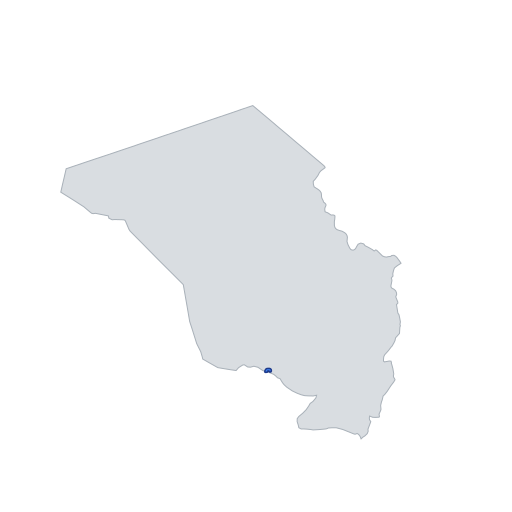 N'Djaména, Ville de N'Djamena, Chad (highlighted), rotated 311°
{"feature_id": "50815135B39277656442366", "entity_name": "N'Djaména", "entity_type": "district", "adm_level": 2, "iso_a3": "TCD", "parent_name": "Chad", "parent_adm1": "Ville de N'Djamena", "projection": "natural_earth1", "projection_center": [15.012, 12.105], "detail": "fine", "context": "in_parent", "style": "filled", "palette": "blue", "viewbox_px": 512, "rotation_deg": 311, "n_neighbors": 0, "source": "geoboundaries", "source_scale": "gbopen_adm2", "svg_char_len": 4468}
<svg xmlns="http://www.w3.org/2000/svg" viewBox="0 0 512 512"><g transform="rotate(311 256 256)"><path d="M367.4,154.9L367.6,166.1L367.8,177.3L367.9,188.5L368.1,199.7L368.2,210.9L368.4,222.1L368.5,233.3L368.7,244.5L368.7,248.3L368.4,249.7L368.3,249.9L367.9,250.2L362.8,249.1L360.6,249.1L357.5,249.9L352.9,250.3L349.9,250.2L347.9,252.1L346.3,254.5L347.1,260.0L347.0,261.9L346.4,263.8L345.0,265.4L343.6,266.7L342.8,267.9L341.8,270.4L341.0,271.6L341.1,273.2L340.9,274.8L340.0,275.7L337.9,276.3L336.5,277.1L335.4,278.3L334.7,279.1L335.1,280.3L335.7,281.9L336.0,284.4L336.2,285.8L337.3,287.0L337.9,287.8L338.2,288.9L337.6,289.7L335.0,291.6L333.9,292.2L332.7,293.1L332.3,293.5L330.4,295.2L329.4,296.7L329.0,298.0L329.0,299.7L330.0,302.3L331.1,304.5L331.5,306.2L331.8,308.0L331.7,309.8L331.1,311.3L330.2,312.6L326.6,315.2L324.9,318.0L323.5,321.4L323.1,323.3L323.5,324.5L324.3,325.6L325.4,326.1L326.9,326.3L329.5,325.7L331.9,325.3L334.5,326.6L335.8,329.4L335.3,331.5L336.3,335.3L337.2,339.9L337.2,341.4L337.5,342.0L339.1,342.3L339.5,343.4L339.0,351.4L339.8,353.7L340.9,355.3L342.1,356.1L343.3,357.2L344.0,357.9L345.4,358.1L347.0,359.6L347.4,361.5L347.3,363.4L346.4,367.5L345.7,370.2L344.8,370.0L342.9,369.4L340.6,368.8L337.8,368.3L335.1,369.4L332.3,370.9L331.4,371.9L330.6,372.6L329.3,372.5L328.1,372.6L327.5,373.7L326.5,374.8L322.3,377.2L321.4,378.0L320.9,378.9L320.9,379.8L321.4,381.7L321.4,384.1L320.5,386.0L319.4,387.3L318.2,387.8L317.1,388.1L316.5,388.9L314.3,393.2L313.4,394.0L311.5,393.9L306.0,400.5L305.5,402.4L303.5,405.1L301.0,408.2L298.7,409.6L298.5,410.2L297.9,410.8L296.5,411.4L291.7,415.1L285.9,415.0L283.3,416.4L280.8,417.1L277.2,417.8L276.1,417.7L271.4,418.0L265.9,417.9L263.8,418.5L261.8,419.9L260.4,421.1L260.2,421.5L260.4,422.0L260.3,422.4L264.2,425.5L265.2,426.9L264.2,428.4L263.7,428.6L263.1,429.8L260.8,433.2L257.4,437.3L255.6,438.4L254.9,439.2L254.0,441.9L253.5,442.2L251.1,442.6L246.4,442.9L240.0,443.8L236.1,444.0L233.7,443.8L230.3,445.6L229.1,446.1L228.4,446.3L225.0,448.1L222.3,450.9L221.3,451.4L217.4,452.6L215.8,454.5L215.1,454.6L212.6,452.1L210.8,449.8L210.0,447.5L209.9,446.8L209.4,446.9L208.0,447.9L206.9,449.1L206.3,451.3L202.3,452.8L198.8,454.1L197.2,455.7L194.8,456.5L191.7,456.2L189.3,455.5L186.9,455.3L188.0,453.3L188.5,451.8L188.6,450.0L188.4,448.7L187.0,448.1L186.1,447.1L184.1,441.3L182.0,435.3L179.1,429.4L175.9,425.7L173.6,423.4L172.8,423.1L171.6,422.4L170.8,421.7L166.6,417.7L162.2,413.2L161.0,411.2L158.8,408.1L156.4,405.0L155.1,403.6L154.5,401.0L156.2,398.7L158.0,395.7L160.3,393.8L163.1,393.6L167.9,394.4L173.0,394.7L178.1,394.1L179.4,393.7L180.7,393.7L183.5,394.4L188.2,394.3L190.7,393.1L188.0,391.1L185.2,387.8L182.5,384.3L180.9,381.1L179.4,377.0L178.0,371.9L177.2,365.4L177.3,361.6L177.8,359.0L179.2,354.6L178.2,352.1L178.4,350.0L178.3,347.0L177.8,345.5L176.0,340.4L175.6,339.9L174.0,336.4L173.3,330.5L171.4,326.7L168.5,324.8L166.8,322.6L166.2,318.5L165.0,317.5L160.3,316.1L156.5,316.1L153.6,311.6L150.0,305.8L146.7,300.4L144.5,289.6L143.3,283.4L144.7,281.5L147.5,277.1L151.0,268.7L159.0,255.7L163.0,249.0L171.1,239.1L181.1,226.8L186.7,219.9L187.6,207.3L188.5,194.1L189.2,184.0L190.1,172.1L190.9,162.1L191.4,154.9L192.2,144.6L192.8,142.6L196.7,134.6L197.0,133.5L196.3,132.1L190.7,125.3L189.0,123.7L188.0,120.2L189.4,118.2L182.8,106.7L181.1,105.3L180.4,103.9L180.3,101.8L180.2,93.8L178.4,81.3L176.1,66.8L183.9,62.6L189.8,59.5L197.3,55.5L204.3,59.6L214.4,65.5L224.6,71.5L234.7,77.5L244.8,83.4L255.0,89.4L265.2,95.3L275.4,101.3L285.6,107.2L295.8,113.2L306.0,119.1L316.2,125.1L326.4,131.0L336.7,137.0L346.9,143.0L357.2,148.9L367.4,154.9Z" fill="#d9dde1" stroke="#a8b0b8" stroke-width="1"/><path d="M177.5,337.7L176.9,337.7L176.6,337.7L175.4,337.9L174.7,338.3L174.6,338.5L174.4,338.8L174.2,338.9L174.2,339.0L174.3,339.2L174.3,339.3L174.5,339.3L174.7,339.6L174.8,339.8L175.1,340.3L175.3,340.4L175.4,340.5L175.5,340.5L175.9,340.8L176.1,340.8L176.3,340.7L176.4,340.4L176.6,340.3L176.8,340.3L177.1,340.5L177.4,340.7L177.4,340.8L177.3,341.1L177.3,341.3L177.5,341.4L177.6,341.5L177.8,341.8L177.8,342.0L177.8,342.4L177.7,342.4L177.4,342.4L177.4,342.5L177.5,342.6L177.7,342.8L177.8,343.0L178.1,343.1L178.3,343.2L178.4,343.3L178.6,343.3L179.1,343.1L179.4,343.0L179.5,342.8L179.8,342.5L180.0,342.3L180.1,342.2L180.3,341.9L180.4,341.2L180.3,340.6L180.1,340.1L179.9,339.8L179.7,339.6L179.4,339.2L179.2,339.0L179.0,338.8L178.7,338.5L178.4,338.2L177.8,337.8L177.7,337.8L177.5,337.7Z" fill="#3b82f6" stroke="#1e3a8a" stroke-width="1.5"/></g></svg>